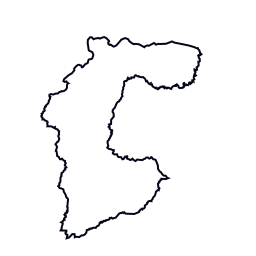 the district of Morales, Cauca, Colombia, rotated 78°
{"feature_id": "7082276B40499260653390", "entity_name": "Morales", "entity_type": "district", "adm_level": 2, "iso_a3": "COL", "parent_name": "Colombia", "parent_adm1": "Cauca", "projection": "robinson", "projection_center": [-76.755, 2.844], "detail": "fine", "context": "isolated", "style": "outline", "palette": "ink", "viewbox_px": 256, "rotation_deg": 78, "n_neighbors": 0, "source": "geoboundaries", "source_scale": "gbopen_adm2", "svg_char_len": 5800}
<svg xmlns="http://www.w3.org/2000/svg" viewBox="0 0 256 256"><g transform="rotate(78 128 128)"><path d="M185.4,99.2L184.6,100.4L183.3,100.6L182.5,101.3L182.0,102.9L180.1,104.3L178.2,104.9L177.3,105.9L174.4,107.1L170.6,106.6L165.3,107.5L164.6,107.9L163.8,109.8L161.5,111.0L161.3,111.3L162.0,111.8L162.4,113.3L162.2,113.8L161.0,114.7L160.7,116.4L161.7,117.9L161.7,119.1L162.4,120.5L160.8,125.7L161.9,127.5L160.2,129.4L158.9,130.0L159.9,132.0L157.7,135.3L157.0,135.5L156.0,134.6L155.5,134.7L155.4,136.9L157.5,138.9L157.4,140.0L155.1,140.8L154.7,142.6L154.0,143.8L151.4,144.2L151.1,146.5L149.8,148.1L149.1,148.0L147.6,146.7L146.7,146.5L146.5,147.5L145.2,149.1L144.7,150.7L142.9,152.4L141.5,151.0L138.2,151.1L136.5,150.5L135.8,149.3L135.0,148.9L134.4,148.0L133.5,147.7L132.4,146.4L131.7,146.5L131.4,145.7L129.6,144.6L129.2,144.8L129.2,145.5L128.6,145.5L127.4,143.9L126.8,144.1L126.4,145.1L124.8,146.2L123.6,145.8L122.8,146.7L121.9,145.5L120.6,145.8L120.5,143.7L116.5,142.8L113.8,139.5L110.4,139.1L109.1,139.7L107.3,139.2L105.2,136.5L101.4,133.9L100.4,132.6L100.1,131.1L98.9,130.3L98.5,129.2L96.9,128.3L95.7,126.7L94.0,127.0L92.0,125.9L90.5,125.7L88.9,124.5L87.3,124.3L85.7,122.9L81.9,122.2L81.3,120.9L81.7,119.9L80.5,118.0L79.7,118.3L78.8,117.6L80.3,116.3L79.9,115.5L80.2,114.5L79.2,114.1L79.9,111.6L78.1,110.3L78.0,109.4L79.3,108.0L79.5,106.8L80.0,106.7L81.2,104.2L81.3,102.7L83.4,101.1L86.1,100.6L85.8,99.7L88.9,98.5L89.3,97.9L88.9,96.4L90.2,96.7L90.4,95.4L92.3,95.4L94.9,92.7L94.4,92.1L96.3,90.8L96.1,90.0L95.3,89.8L95.5,88.8L94.5,87.9L94.8,86.5L94.5,85.7L95.2,85.3L94.8,84.7L95.0,83.7L95.6,83.6L96.0,84.2L96.5,84.1L96.0,83.4L97.0,82.3L96.7,81.7L97.3,81.6L97.0,79.9L98.8,77.7L97.2,76.4L96.7,75.4L96.4,74.3L96.8,72.6L95.9,72.6L95.9,71.7L95.5,71.2L97.3,70.0L98.2,70.1L99.2,69.7L99.9,68.5L99.8,67.6L100.1,66.8L99.6,66.1L99.9,65.3L99.0,64.4L96.4,64.7L95.7,64.2L95.7,63.6L97.3,63.3L98.2,62.4L97.7,61.7L98.6,60.4L97.5,58.9L96.8,59.0L96.2,58.6L96.2,58.1L97.4,57.7L96.8,57.2L97.3,56.6L96.4,55.6L95.2,55.4L96.0,54.4L94.7,54.5L94.2,53.0L92.6,53.3L90.6,52.6L91.0,51.1L90.7,50.6L89.0,51.7L87.3,50.3L85.9,51.0L84.6,50.8L85.4,49.7L85.4,48.4L82.9,48.3L82.7,47.3L82.0,46.8L81.6,45.9L77.8,45.4L78.0,44.4L77.4,43.8L75.1,43.5L74.6,43.9L71.7,44.3L71.4,43.8L71.9,42.6L71.1,40.9L69.9,42.0L69.1,41.7L68.4,42.1L67.0,42.0L65.5,43.0L64.5,43.0L64.0,44.7L62.8,46.1L59.7,51.9L54.0,65.1L52.5,66.9L53.5,73.2L52.5,79.3L51.9,81.3L52.3,82.9L52.1,83.6L50.6,84.4L50.3,85.1L51.9,90.6L51.3,91.7L51.6,94.1L52.4,95.2L48.4,99.8L47.2,103.6L47.0,105.3L44.6,107.7L43.2,108.7L41.3,109.3L39.6,111.7L39.6,113.7L40.1,114.7L40.0,115.9L44.3,121.5L45.2,123.3L45.4,125.2L42.8,127.7L43.0,128.5L41.8,129.7L40.2,129.6L39.3,128.5L38.8,128.5L35.7,130.4L34.2,132.2L34.1,133.6L34.7,137.1L33.8,138.1L33.7,141.7L34.0,143.3L31.9,144.4L31.4,146.2L33.4,148.9L36.7,149.8L43.7,150.2L44.5,149.7L46.2,147.3L48.5,146.7L49.9,146.9L52.4,148.5L52.9,149.4L52.8,151.8L53.4,152.6L56.0,153.9L56.8,156.8L58.8,159.2L59.1,160.1L59.0,160.5L57.2,160.8L55.9,163.0L55.9,164.0L57.1,166.3L58.7,168.3L60.4,168.5L62.9,171.6L64.0,175.1L66.9,180.3L68.7,181.4L69.7,180.5L69.7,178.5L71.0,178.0L71.7,177.3L71.7,177.7L73.9,179.0L76.0,179.3L77.8,181.1L78.5,183.0L78.5,184.6L78.1,185.5L78.6,186.2L78.5,187.3L79.7,189.7L79.3,191.3L79.7,194.3L78.8,196.3L79.1,197.9L80.3,198.3L81.4,197.4L82.0,198.2L83.1,198.1L85.1,200.0L86.0,200.0L87.3,201.0L88.8,203.4L89.8,203.7L89.8,204.7L90.6,204.9L91.7,206.0L93.5,205.8L94.0,206.2L94.2,207.5L95.4,207.9L96.2,209.5L96.7,209.2L97.7,209.5L98.3,210.4L99.8,210.0L100.4,209.4L101.9,209.9L102.2,208.2L103.2,207.8L104.9,205.5L105.9,205.4L106.8,206.2L108.7,206.0L109.6,206.5L110.4,202.8L112.1,200.7L111.9,199.4L112.9,199.8L113.4,198.9L114.0,198.7L114.8,197.1L116.2,196.8L116.8,196.0L119.0,196.8L120.1,196.8L121.3,197.9L124.4,197.5L126.8,199.1L126.8,199.9L128.8,202.3L130.7,201.5L132.0,201.4L135.4,203.4L136.2,202.7L140.7,203.1L141.7,201.8L144.3,201.1L144.7,200.2L144.3,198.9L146.3,197.8L147.2,196.4L148.4,196.7L149.5,196.2L151.0,197.6L153.8,196.5L154.2,198.1L155.6,198.0L156.3,199.7L157.5,200.4L158.4,202.5L159.1,202.4L160.1,203.1L161.0,202.9L162.4,204.3L166.1,205.2L167.5,206.1L167.8,206.8L169.7,207.0L170.0,208.1L170.5,208.4L171.0,207.9L172.6,207.4L173.1,206.0L174.6,204.0L177.1,204.0L180.3,202.9L182.5,202.8L183.4,202.5L183.8,201.9L185.4,201.5L191.4,203.4L192.3,204.0L193.2,203.5L195.9,204.3L196.2,204.8L196.7,204.4L197.2,205.2L197.7,205.0L198.4,205.6L198.2,206.9L198.6,207.3L199.1,207.5L199.9,207.2L199.9,208.1L202.0,207.2L203.1,209.2L204.6,209.2L204.4,209.9L205.5,210.7L205.6,211.5L206.2,211.8L206.4,212.8L207.4,211.7L208.1,211.7L211.5,213.6L212.6,213.8L214.2,215.1L215.6,209.6L216.8,210.0L217.7,211.1L219.1,210.8L219.6,209.6L220.0,209.4L223.1,210.9L222.8,208.3L220.2,204.5L220.7,202.4L223.8,202.7L223.5,201.4L224.6,198.6L223.4,195.8L223.7,194.8L223.4,192.8L221.9,190.7L219.2,189.4L219.4,187.6L218.7,187.0L219.0,186.3L218.5,185.8L218.9,184.4L218.6,184.3L218.3,182.6L219.0,180.3L217.8,179.1L217.2,176.8L215.4,175.6L215.2,174.6L214.6,175.0L214.1,173.8L214.3,172.9L214.9,172.5L213.8,171.2L214.2,170.6L213.8,169.5L214.2,169.1L213.6,168.4L213.7,166.0L213.4,165.3L212.2,164.5L212.7,163.5L212.3,162.7L213.4,161.8L213.1,158.6L209.8,154.3L209.6,152.4L209.9,151.9L209.4,151.0L209.6,150.0L210.1,149.9L209.8,149.0L211.0,148.5L211.4,147.7L213.4,139.8L212.6,135.3L212.4,134.6L211.7,134.5L211.2,133.4L210.4,132.8L210.2,131.7L210.6,131.1L209.8,130.8L210.2,129.7L209.8,128.7L209.1,128.0L207.4,127.7L206.3,125.3L205.8,124.8L205.1,124.8L204.8,124.0L204.0,123.4L203.9,121.8L204.5,120.3L203.6,120.1L202.8,118.8L201.5,118.2L200.0,116.1L198.1,114.8L196.3,114.0L194.9,111.9L195.3,110.8L194.2,110.6L193.5,109.8L192.4,110.6L188.7,110.3L188.0,109.2L187.0,109.0L187.1,108.2L185.3,106.9L185.5,106.1L184.6,105.8L185.8,102.0L185.4,99.2Z" fill="none" stroke="#020617" stroke-width="2"/></g></svg>